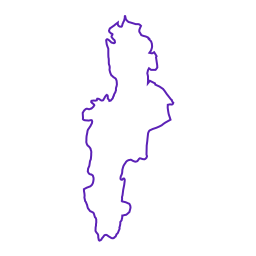 Shibin al-Qanatir, Al Qalyubiyah, Egypt
{"feature_id": "37247803B12662956160688", "entity_name": "Shibin al-Qanatir", "entity_type": "district", "adm_level": 2, "iso_a3": "EGY", "parent_name": "Egypt", "parent_adm1": "Al Qalyubiyah", "projection": "equal_earth", "projection_center": [31.303, 30.296], "detail": "fine", "context": "isolated", "style": "outline", "palette": "violet", "viewbox_px": 256, "rotation_deg": 0, "n_neighbors": 0, "source": "geoboundaries", "source_scale": "gbopen_adm2", "svg_char_len": 5778}
<svg xmlns="http://www.w3.org/2000/svg" viewBox="0 0 256 256"><path d="M170.5,119.7L169.7,117.1L169.0,115.1L168.6,113.7L168.2,111.4L167.7,107.8L167.7,107.0L167.8,104.8L168.4,104.7L169.2,104.5L169.6,104.4L170.1,104.4L171.2,104.5L172.0,104.5L172.5,104.2L172.9,103.8L173.2,103.0L173.3,102.8L172.3,101.7L171.8,100.2L171.7,99.9L171.1,99.6L167.6,95.1L167.0,94.4L164.6,90.9L163.0,88.9L160.0,86.9L159.6,86.6L157.0,85.4L155.3,84.6L155.0,83.4L149.9,80.8L148.3,82.8L147.9,83.3L148.1,79.9L148.0,79.6L148.0,76.3L147.3,73.2L148.0,70.2L149.0,68.3L151.1,69.9L155.5,69.9L156.4,68.8L157.3,67.5L157.2,65.3L156.0,57.2L156.6,56.2L156.2,55.5L154.9,53.4L154.1,52.2L153.1,52.9L152.6,53.2L151.6,53.3L149.4,52.8L150.1,51.8L150.7,51.0L151.2,50.0L151.9,47.8L152.1,46.3L152.0,45.1L151.9,44.2L151.9,43.8L151.1,41.4L148.7,38.9L149.1,38.6L147.9,37.4L146.0,36.6L145.8,36.5L143.4,35.9L141.5,35.2L141.3,35.1L140.9,34.5L140.8,34.1L139.3,31.7L139.3,30.1L139.6,29.1L140.3,27.4L140.4,27.2L141.0,25.9L140.0,24.9L139.0,24.3L138.7,24.2L137.2,24.1L135.6,24.1L133.4,23.4L131.8,22.9L129.8,22.3L128.5,22.0L127.6,21.2L126.7,20.3L126.2,19.7L125.9,19.3L125.0,15.4L124.8,16.4L124.8,17.5L124.6,18.7L124.4,19.3L124.2,20.3L124.1,20.6L123.8,21.3L123.5,21.7L123.3,22.4L122.6,23.8L122.2,25.4L122.0,25.9L121.9,26.2L121.5,26.7L121.2,26.7L120.7,26.7L119.5,26.5L118.3,25.6L117.9,24.7L117.7,23.7L117.8,22.6L116.1,23.9L115.5,24.3L114.4,25.3L112.1,26.9L111.1,27.6L109.8,28.5L109.3,29.9L109.0,30.7L109.3,31.8L110.2,32.6L110.9,33.4L111.3,33.4L112.4,34.0L112.5,34.4L112.4,34.8L112.1,35.3L111.8,35.7L111.5,36.6L111.8,37.4L112.2,37.9L112.7,38.4L113.4,39.3L113.8,39.6L114.1,39.8L114.6,40.4L114.7,40.7L114.8,41.4L115.0,42.3L114.6,42.9L113.9,43.2L113.1,43.0L111.4,42.5L110.3,41.4L109.1,40.3L108.1,39.6L107.6,39.3L107.1,39.2L106.6,39.6L106.2,40.1L106.2,40.6L106.7,44.2L107.3,46.1L108.3,48.7L108.3,50.2L108.3,52.2L108.3,53.9L108.4,57.1L108.7,58.6L108.8,60.7L108.8,63.1L109.0,64.6L109.4,65.4L109.7,66.8L109.7,68.0L109.5,69.8L110.1,72.3L110.5,73.4L111.4,75.4L111.7,75.5L112.4,76.1L113.4,77.1L115.3,78.3L115.8,78.8L116.2,79.7L116.3,80.0L116.6,80.8L116.7,81.4L116.7,82.1L116.8,82.5L116.8,83.3L116.9,83.9L116.9,84.5L116.7,85.5L116.6,86.2L116.2,87.2L116.0,88.1L115.9,89.0L116.0,89.8L116.0,90.2L115.5,91.5L115.3,92.4L114.6,93.4L114.1,94.5L113.9,94.9L113.9,95.7L113.4,96.2L113.1,97.1L113.0,97.7L112.3,98.9L111.9,99.2L110.7,100.6L109.4,100.9L109.3,100.3L108.4,99.2L107.8,98.5L107.8,96.8L107.6,95.5L107.1,95.2L106.8,94.9L106.4,95.2L105.9,95.6L105.6,96.1L105.3,96.5L104.8,97.3L104.4,98.1L104.0,98.8L103.7,99.2L103.5,99.6L103.3,100.0L103.0,100.3L102.1,100.5L101.6,100.5L101.0,100.3L100.6,100.1L100.1,99.7L99.4,99.2L98.5,98.8L97.3,98.7L96.9,99.3L96.9,99.7L96.8,100.3L95.2,100.7L93.8,100.5L91.5,100.8L91.3,101.1L91.2,102.0L92.0,102.9L92.3,103.0L92.5,103.3L93.0,103.6L93.3,103.9L93.5,104.2L94.1,104.6L94.2,105.0L94.3,105.3L93.8,106.0L93.5,106.6L91.4,108.6L90.8,108.6L89.6,109.2L88.6,109.2L87.9,108.9L87.3,108.8L86.8,108.7L85.9,109.0L85.2,109.5L84.5,110.2L84.1,110.5L83.8,111.1L83.4,111.6L83.1,112.3L82.7,112.9L83.0,117.8L82.9,119.1L83.3,119.6L84.0,120.0L84.5,120.2L85.3,120.3L86.3,120.4L87.2,120.4L88.2,120.6L89.6,120.4L91.1,120.1L91.8,120.3L92.1,121.1L92.2,121.6L92.0,122.6L91.9,123.2L91.5,124.0L91.0,124.9L90.7,125.5L90.4,126.2L90.0,126.7L89.4,127.6L88.8,128.5L88.0,129.6L87.5,131.0L87.3,132.5L87.1,133.5L86.8,135.0L86.6,135.9L86.5,137.0L86.4,138.7L86.4,140.4L86.3,142.0L86.4,142.6L86.9,144.2L87.3,144.8L87.5,145.4L88.4,146.1L89.1,146.7L89.4,147.1L89.9,147.7L90.5,148.6L90.7,149.6L91.2,151.1L91.3,152.3L91.2,153.6L91.2,155.1L91.0,157.4L90.8,159.3L90.0,161.1L89.7,163.4L89.3,165.9L88.1,168.6L87.8,171.5L88.5,172.9L89.2,173.8L90.4,174.4L91.4,174.5L92.1,175.0L92.8,175.5L93.5,177.7L93.6,179.1L93.3,181.3L92.9,183.0L92.0,184.8L90.4,186.3L86.7,187.7L83.9,189.2L84.0,191.2L84.4,193.4L84.6,195.7L84.4,197.5L85.2,201.2L85.8,201.9L86.3,203.1L86.5,203.7L87.0,204.7L87.5,206.9L88.0,208.4L88.7,209.2L89.9,210.9L90.4,211.3L91.5,211.7L92.4,212.2L92.9,212.4L93.7,213.2L94.2,214.7L94.4,215.5L95.0,217.3L95.6,217.8L95.9,218.4L96.3,219.9L96.2,220.8L96.3,222.1L96.0,224.2L96.0,225.5L95.6,227.5L95.6,228.0L95.5,230.9L96.1,232.0L96.9,233.1L97.5,233.7L98.0,234.6L98.3,236.0L98.2,237.0L98.8,240.0L99.4,240.6L100.6,240.2L101.3,239.6L102.0,238.3L102.9,237.3L103.7,236.2L104.5,235.2L105.7,234.9L106.3,234.9L106.9,235.1L107.9,235.8L108.7,236.4L110.1,237.2L111.0,237.8L111.6,238.1L113.0,238.3L114.3,237.7L114.5,237.2L115.6,236.5L116.1,235.5L116.4,234.4L117.7,233.2L118.4,231.7L118.7,230.8L119.4,229.3L119.6,228.2L119.4,227.7L120.0,225.6L120.3,223.7L120.3,222.0L120.7,221.5L121.6,220.3L121.9,218.7L122.1,218.3L122.2,217.0L122.3,215.5L122.7,215.5L123.5,215.4L124.2,215.1L126.1,214.8L127.2,214.0L128.2,213.1L129.4,212.0L129.8,210.5L130.2,209.0L130.5,207.7L130.4,206.4L130.2,205.5L129.6,204.4L129.4,203.9L128.9,203.6L128.0,203.3L127.0,202.8L125.6,202.2L124.2,201.9L123.3,201.6L122.3,201.5L121.8,201.0L122.1,198.9L122.0,197.5L122.1,196.7L122.3,196.0L122.5,195.4L123.2,189.9L124.2,184.9L124.7,180.9L124.7,179.6L124.2,178.6L123.7,178.5L123.1,178.7L122.6,179.3L122.3,179.5L122.0,179.8L121.1,179.6L120.5,178.9L120.5,178.1L120.6,177.3L120.8,176.3L121.2,175.5L121.6,174.7L122.1,173.0L122.2,172.0L122.3,171.0L122.3,170.0L122.6,168.9L123.0,167.4L123.5,165.9L124.3,164.5L125.5,162.8L126.1,161.8L126.6,161.3L127.4,160.7L128.7,160.1L129.6,160.0L130.8,159.7L131.7,160.1L132.6,160.7L133.8,161.2L134.6,161.5L135.5,161.7L136.7,161.4L137.4,161.1L139.1,158.8L139.8,158.3L140.9,158.5L141.7,158.8L142.8,159.1L144.3,159.3L145.3,158.9L146.5,157.7L147.0,156.2L146.5,154.6L146.5,153.9L146.7,145.6L147.3,140.9L147.5,138.6L148.1,133.2L148.8,131.5L149.2,130.9L149.7,130.4L150.8,129.9L152.7,129.0L156.3,127.8L159.1,126.6L161.7,125.3L163.4,123.9L165.3,122.6L170.5,119.7Z" fill="none" stroke="#5b21b6" stroke-width="2"/></svg>